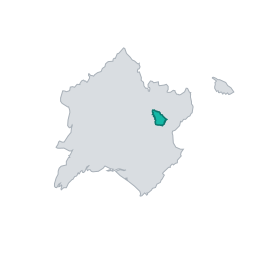 Ardèche on a map of France (Natural Earth projection), rotated 299°
{"feature_id": "FRA-5267", "entity_name": "Ardèche", "entity_type": "Metropolitan department", "adm_level": 1, "iso_a3": "FRA", "parent_name": "France", "parent_adm1": "", "projection": "natural_earth1", "projection_center": [4.405, 44.824], "detail": "fine", "context": "in_parent", "style": "filled", "palette": "teal", "viewbox_px": 256, "rotation_deg": 299, "n_neighbors": 0, "source": "natural_earth", "source_scale": "10m", "svg_char_len": 5521}
<svg xmlns="http://www.w3.org/2000/svg" viewBox="0 0 256 256"><g transform="rotate(299 128 128)"><path d="M190.0,106.5L188.6,107.2L187.7,108.6L186.7,109.0L185.0,109.0L184.2,108.1L182.2,108.6L181.4,109.6L182.6,110.7L178.6,115.2L176.1,116.4L175.5,119.4L172.5,121.6L171.4,124.0L171.3,124.5L172.1,125.2L171.8,126.8L170.2,127.8L170.3,128.8L170.7,128.9L173.0,128.1L173.9,127.2L173.5,125.9L175.8,124.4L180.0,124.8L180.6,126.8L180.0,128.5L183.1,132.2L180.5,134.0L180.3,135.1L183.1,138.8L184.8,140.4L183.9,142.9L181.0,144.5L179.2,144.4L178.4,144.8L178.5,145.6L179.8,147.8L182.9,149.3L183.4,151.0L182.6,151.6L181.1,154.2L181.8,155.5L181.6,156.1L181.9,156.9L182.7,157.8L187.1,160.0L191.0,159.6L191.5,160.9L189.1,164.3L189.3,165.8L188.1,165.8L187.9,166.4L185.5,167.5L181.6,170.9L179.8,171.9L179.0,173.7L178.0,174.7L172.4,176.7L171.3,176.2L168.6,176.3L166.8,175.0L163.6,174.2L162.5,172.4L159.4,172.1L159.3,170.8L155.0,172.0L148.9,170.3L146.8,168.5L145.1,169.0L143.5,170.6L137.0,174.8L134.4,179.1L134.9,184.2L136.3,186.7L132.4,186.3L130.0,187.0L129.4,188.1L123.8,186.8L121.7,187.9L121.1,187.8L120.4,186.8L117.7,185.6L118.1,184.7L117.7,184.0L115.1,183.4L114.2,184.1L113.3,182.6L106.0,180.3L104.9,180.4L104.4,182.6L99.7,182.6L99.0,182.2L96.0,182.6L92.9,180.5L89.3,180.9L87.1,178.7L85.0,178.6L82.1,177.5L80.7,176.9L80.5,176.2L79.6,177.2L78.5,177.0L78.3,176.7L79.0,175.5L79.2,174.0L75.5,173.0L74.5,172.0L74.5,171.4L76.6,170.9L78.4,169.0L80.3,161.9L81.7,153.5L82.7,151.9L83.8,151.4L82.9,150.3L81.8,151.8L82.6,144.1L84.1,138.3L87.1,140.7L87.9,141.7L88.7,145.2L90.4,146.6L89.3,145.2L88.3,140.6L87.6,139.3L82.7,135.5L82.6,134.6L84.8,135.1L83.9,132.3L83.6,126.3L80.6,125.7L75.8,123.1L72.7,118.6L72.3,116.9L73.2,115.1L72.5,113.9L71.1,113.1L72.3,111.6L73.2,111.4L76.7,112.3L73.9,110.8L69.3,111.3L67.5,110.8L67.2,109.7L68.5,108.4L67.0,107.5L64.4,107.7L64.0,107.3L64.8,106.4L64.2,106.0L62.1,106.4L60.8,106.1L59.7,104.9L56.3,104.7L55.6,104.0L50.9,102.7L45.9,103.0L44.6,100.7L41.6,99.6L42.2,98.9L45.3,98.2L45.9,97.6L43.7,96.7L43.0,95.8L47.0,95.6L45.2,94.6L41.3,94.6L40.8,93.3L41.4,91.9L43.7,90.7L49.4,89.4L53.6,89.3L56.6,87.8L59.5,87.3L62.2,88.1L65.8,92.0L68.8,90.3L73.2,90.3L74.1,91.3L75.3,89.5L76.3,90.5L81.7,90.2L80.4,89.5L79.5,87.9L79.4,81.8L76.8,77.4L76.1,75.8L76.3,74.4L79.5,74.7L82.2,74.1L83.5,74.5L83.7,77.3L84.8,79.0L92.2,79.5L96.5,80.3L100.1,78.7L103.4,78.0L103.7,77.6L101.8,77.8L100.0,77.1L99.8,76.4L100.8,74.1L105.9,71.7L113.5,69.6L115.4,68.3L117.7,65.8L117.2,65.1L117.6,58.4L118.7,56.1L121.6,54.5L128.9,52.9L129.8,55.1L129.7,56.3L131.6,58.2L132.6,58.8L135.8,57.7L137.3,59.5L137.7,61.5L141.5,62.3L142.7,64.9L143.4,64.4L145.8,64.5L146.9,64.7L148.4,65.9L148.0,67.4L148.6,68.2L148.0,69.6L148.4,70.2L152.8,70.2L154.2,69.6L154.8,68.1L156.1,67.3L156.6,67.5L155.8,70.2L156.4,70.9L156.7,72.8L158.4,73.0L161.6,74.5L164.4,77.1L167.7,76.7L170.4,78.1L173.2,77.3L175.7,78.1L176.7,78.8L179.1,82.4L181.0,81.7L182.3,82.1L182.7,83.2L187.7,82.6L188.6,83.6L189.6,83.9L195.9,85.3L196.0,86.6L192.5,90.5L190.9,95.9L189.9,97.8L189.5,99.2L189.8,100.2L189.7,101.7L188.9,105.2L189.4,106.3L190.0,106.5ZM214.1,180.8L213.8,183.1L214.7,184.8L215.2,191.4L213.4,194.6L213.1,198.5L210.8,203.1L207.2,201.0L206.1,199.9L207.0,198.1L204.9,197.2L205.4,195.5L205.1,194.6L203.7,194.5L203.6,194.1L204.6,192.8L204.6,191.9L203.2,190.9L202.9,190.0L204.2,189.0L203.6,188.1L202.9,187.8L204.6,184.8L205.9,183.9L208.7,183.1L209.9,182.0L211.7,182.6L212.1,182.3L212.6,177.5L213.2,177.4L213.8,178.1L214.1,180.8ZM83.0,132.6L82.6,133.9L80.7,131.6L80.5,130.3L83.0,132.6Z" fill="#d9dde1" stroke="#a8b0b8" stroke-width="1"/><path d="M156.1,142.0L156.1,142.3L156.2,142.6L156.2,143.1L156.2,143.5L156.3,144.2L156.3,144.5L156.3,144.9L156.6,145.0L156.6,145.4L156.7,145.5L156.7,145.8L156.7,146.1L156.6,146.3L156.7,146.6L157.1,147.1L157.2,147.4L157.1,147.7L156.9,148.4L156.8,148.6L156.7,148.6L156.5,148.9L156.4,148.9L156.4,149.1L156.2,149.3L155.9,149.6L155.7,149.8L155.7,150.0L155.6,150.4L155.7,150.6L155.9,151.1L156.0,151.3L155.9,151.9L155.6,152.3L155.3,152.7L155.1,153.2L154.8,154.8L154.5,155.4L154.5,155.5L154.4,155.6L154.5,155.7L154.4,156.1L154.3,157.1L154.3,157.8L153.7,157.6L153.4,157.5L153.3,157.4L153.2,157.3L153.1,157.2L152.6,156.9L152.3,156.9L151.9,156.9L151.8,157.0L151.7,157.1L151.7,157.3L151.7,157.5L151.3,157.6L151.2,157.6L151.0,157.4L151.1,157.2L150.9,156.9L150.4,157.0L150.0,157.3L149.7,157.4L149.6,157.5L149.4,157.8L149.1,157.8L149.0,157.7L148.2,157.3L148.0,157.2L147.9,157.2L147.7,157.0L147.3,157.1L147.2,157.1L146.9,157.1L146.7,157.0L146.7,156.5L146.6,156.3L146.7,156.2L146.8,156.1L146.8,155.9L146.6,155.7L146.5,155.3L146.1,155.0L145.8,153.8L145.7,153.6L145.5,153.3L145.2,153.1L145.1,152.9L145.0,152.5L144.9,151.8L144.7,151.4L144.6,151.1L144.6,150.9L144.6,150.5L144.9,150.4L145.0,150.2L145.6,149.4L145.8,149.3L146.1,149.2L146.3,149.2L146.4,148.9L146.5,148.8L146.6,148.7L147.1,148.7L147.6,148.6L147.9,148.6L148.1,148.5L148.3,148.4L148.6,147.9L148.7,147.7L148.8,147.4L148.8,147.2L149.0,147.2L149.3,147.2L149.7,147.1L149.8,147.0L149.9,146.9L149.8,146.6L149.7,146.6L149.8,146.5L149.8,146.4L150.0,146.2L150.4,146.2L150.6,146.1L150.7,145.9L150.5,145.7L150.5,145.4L150.7,145.2L150.8,145.1L150.9,144.9L150.7,144.7L150.8,144.5L151.0,144.5L151.3,144.7L151.4,144.8L151.5,144.8L151.6,144.7L151.6,144.4L151.7,144.2L151.9,143.7L152.0,143.5L152.0,143.4L152.1,143.2L151.9,142.9L153.5,142.8L153.6,142.6L153.5,142.2L153.7,141.8L153.9,141.6L155.0,141.0L155.6,140.9L155.7,141.1L155.7,141.4L155.8,141.6L156.0,141.7L156.2,142.0L156.1,142.0Z" fill="#14b8a6" stroke="#0f766e" stroke-width="1.5"/></g></svg>